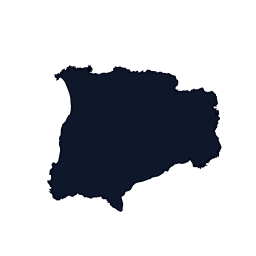 the district of Lebak, Banten, Indonesia, rotated 72°
{"feature_id": "22746128B73767534141998", "entity_name": "Lebak", "entity_type": "district", "adm_level": 2, "iso_a3": "IDN", "parent_name": "Indonesia", "parent_adm1": "Banten", "projection": "robinson", "projection_center": [106.147, -6.643], "detail": "fine", "context": "isolated", "style": "filled", "palette": "ink", "viewbox_px": 256, "rotation_deg": 72, "n_neighbors": 0, "source": "geoboundaries", "source_scale": "gbopen_adm2", "svg_char_len": 5801}
<svg xmlns="http://www.w3.org/2000/svg" viewBox="0 0 256 256"><g transform="rotate(72 128 128)"><path d="M181.7,50.5L180.7,50.1L180.3,50.7L179.8,50.0L179.4,50.4L179.2,49.9L178.7,50.0L178.6,49.5L177.9,49.7L178.0,48.1L176.8,48.3L176.3,47.4L176.5,46.7L174.6,45.6L167.5,46.4L165.7,45.5L161.2,47.5L160.5,46.9L156.6,47.1L156.3,45.6L155.2,45.1L154.6,43.7L153.4,43.1L153.1,43.4L151.6,43.2L151.8,42.3L150.8,41.1L148.7,41.4L148.5,40.3L147.7,39.7L147.7,38.6L146.9,38.2L143.4,39.5L143.5,40.4L143.1,40.7L141.4,40.2L141.5,39.5L142.9,38.8L142.9,37.7L139.7,37.1L139.3,37.4L139.4,39.0L138.2,39.4L137.1,38.7L136.5,40.7L135.2,41.2L133.2,40.2L133.4,38.6L134.1,37.8L132.9,37.5L132.8,36.3L132.0,35.5L126.8,35.0L125.6,34.5L124.7,35.0L123.2,34.8L121.2,36.0L120.9,36.7L120.3,36.4L120.2,36.9L119.4,37.0L119.1,37.5L119.8,38.3L119.2,40.2L119.5,41.3L117.9,43.0L118.0,44.4L117.3,44.2L115.5,44.8L114.4,44.5L113.0,45.3L113.5,50.0L112.8,51.8L112.9,53.0L112.0,53.2L111.6,52.7L112.1,54.4L112.0,56.0L112.8,56.7L113.2,57.7L112.1,59.7L111.0,60.0L111.1,61.6L110.1,63.7L110.0,66.1L109.2,67.5L109.1,69.1L107.6,70.4L107.3,69.8L106.4,71.3L104.7,71.4L102.9,70.3L102.3,68.0L101.3,67.8L101.1,67.1L99.8,66.9L99.6,67.2L99.1,66.5L98.2,66.4L97.0,67.6L93.5,67.4L91.8,70.0L89.0,72.5L88.6,75.1L87.8,76.0L87.0,78.2L85.4,79.4L84.9,81.5L85.1,83.6L84.8,84.1L83.7,84.1L83.2,84.6L81.2,89.4L80.8,89.2L80.3,89.6L79.2,91.6L81.2,94.9L80.6,95.5L80.1,97.0L78.7,96.6L79.6,101.1L78.1,101.8L77.4,101.5L77.0,101.8L77.5,103.0L77.2,104.3L76.2,105.1L76.5,106.5L76.2,107.7L74.8,109.2L73.5,108.9L72.0,112.1L71.3,112.6L70.7,112.1L69.6,114.7L69.2,114.9L68.8,116.0L67.7,116.7L67.6,120.1L67.0,120.2L66.5,120.9L67.2,121.1L67.1,122.7L67.5,123.2L69.0,123.4L69.7,124.4L69.7,126.1L70.3,128.5L69.8,129.0L69.9,131.9L68.9,133.2L68.3,135.5L68.7,139.5L68.3,140.3L67.4,140.5L67.4,141.2L66.3,142.3L66.3,144.7L65.2,145.6L63.9,147.9L62.4,148.0L62.3,147.5L60.9,147.4L60.8,147.8L60.4,147.9L60.7,147.6L60.2,146.8L60.3,146.2L61.3,146.4L62.2,146.2L63.0,145.2L61.7,146.3L61.0,146.2L61.4,145.9L61.5,145.6L60.1,146.2L59.7,144.5L60.5,144.5L60.7,144.3L59.6,144.3L59.4,145.2L59.8,145.4L59.9,147.1L59.1,146.6L58.8,144.6L58.8,145.9L58.3,145.7L58.7,146.2L58.3,146.1L58.4,146.5L58.1,146.1L58.1,144.9L57.8,144.5L58.1,144.9L57.5,145.5L57.8,145.8L57.3,146.0L58.1,146.4L58.1,146.9L58.9,147.2L57.8,149.5L57.7,150.9L58.3,150.9L58.4,152.3L58.0,152.3L58.3,152.9L57.8,153.1L58.0,153.6L57.5,153.6L57.1,154.1L57.4,154.6L56.9,154.7L57.2,155.1L56.6,155.0L56.3,156.1L56.7,156.5L56.3,156.5L56.6,157.3L55.9,157.5L56.3,158.0L55.9,158.9L56.1,159.8L55.6,159.5L54.6,160.5L54.3,160.2L54.4,161.0L53.8,160.8L53.8,161.4L53.4,161.2L53.6,161.7L52.6,162.6L52.2,164.1L51.3,164.2L51.5,164.8L52.3,164.9L52.1,166.5L53.2,165.9L53.2,167.6L54.0,167.0L54.7,167.8L53.9,168.5L54.7,170.1L54.3,170.7L53.7,170.7L54.0,171.5L52.7,171.0L52.8,171.9L53.3,172.7L54.0,172.2L55.0,172.7L54.2,173.8L54.8,175.0L55.2,174.9L55.3,173.7L57.1,174.6L56.0,175.2L56.0,176.5L56.7,176.8L56.5,177.2L55.2,177.2L55.3,178.1L55.9,178.3L56.0,178.7L55.2,180.9L56.9,181.1L59.1,179.6L60.0,180.4L60.1,179.7L58.5,178.1L58.3,176.8L58.7,176.0L61.1,174.4L65.2,173.1L76.4,172.4L81.3,172.8L89.1,174.7L89.7,174.4L91.1,175.4L93.2,176.0L97.3,178.3L98.0,179.2L98.1,180.2L100.3,182.8L102.7,184.6L104.9,189.0L106.4,189.5L106.8,190.2L107.4,190.3L107.5,190.9L108.1,190.9L109.2,191.9L110.0,191.7L110.6,192.3L114.4,193.7L115.4,195.2L117.5,196.4L118.9,196.2L121.1,197.7L122.7,197.7L122.9,198.2L126.0,198.0L129.4,199.1L138.1,203.9L139.9,205.9L140.2,208.3L138.8,209.1L138.3,210.0L139.0,210.9L139.8,211.5L141.5,211.2L142.9,211.8L143.8,213.1L144.3,213.3L144.1,214.1L144.5,214.9L147.8,216.4L148.5,214.9L152.7,216.0L154.5,218.0L153.9,220.5L155.0,220.6L157.1,219.8L157.8,218.4L158.4,218.7L158.4,219.5L159.6,219.5L160.5,218.3L161.0,218.2L162.5,219.1L162.5,221.0L164.6,220.2L165.4,220.7L165.1,221.5L166.2,220.9L167.0,219.2L167.2,219.8L167.9,220.1L169.1,219.0L169.7,219.4L169.6,220.2L171.0,220.4L171.2,218.9L172.0,218.6L172.4,219.3L173.8,217.7L174.0,217.8L174.0,217.2L174.9,216.1L174.6,215.8L174.7,215.0L174.1,214.8L173.9,214.1L174.1,212.2L174.5,212.0L173.7,211.0L174.4,211.0L174.2,210.0L174.5,209.6L173.1,206.4L173.5,205.8L173.5,203.9L175.0,203.0L175.2,201.8L175.6,201.7L175.5,200.6L175.0,200.2L174.9,197.8L173.7,196.6L173.9,195.6L175.9,194.5L177.0,191.8L180.0,190.3L180.0,188.7L181.3,187.3L181.2,186.4L182.1,186.2L182.7,185.5L183.0,184.2L182.4,183.7L182.9,182.1L182.7,181.2L183.7,179.4L183.6,177.7L184.2,176.5L183.7,175.8L184.1,175.0L183.9,174.4L184.9,174.1L185.2,173.3L186.4,174.0L187.1,173.4L187.8,172.6L187.6,171.6L188.8,170.1L189.9,169.6L190.3,169.9L191.4,169.1L191.8,169.3L192.1,168.7L192.4,169.1L192.5,168.5L193.9,167.9L195.4,167.7L195.6,168.1L196.1,167.8L196.0,167.2L198.1,166.8L200.4,164.2L202.3,163.2L204.7,160.7L204.4,159.3L202.1,158.5L198.7,156.7L190.9,156.3L190.1,152.6L188.0,151.0L187.2,149.9L187.4,146.7L186.9,144.8L183.9,141.6L182.3,138.2L182.2,135.8L182.8,130.5L182.5,123.2L182.8,122.7L182.2,121.5L181.9,119.5L182.6,114.1L181.2,108.5L179.3,106.1L180.9,103.6L179.2,102.0L177.6,99.4L177.3,96.7L176.6,96.2L176.3,94.7L176.9,89.4L177.8,88.4L178.4,85.9L178.2,81.8L177.3,80.0L176.6,79.6L176.7,79.0L175.8,78.7L175.8,78.0L177.1,78.3L181.3,77.0L184.8,77.3L185.3,76.0L184.9,75.7L184.5,76.1L184.3,75.7L185.0,74.9L185.6,74.9L186.3,73.4L187.2,73.1L186.6,72.1L187.8,71.6L187.1,71.2L188.2,71.2L187.0,69.7L186.3,70.2L185.9,70.0L186.3,69.2L188.0,69.0L188.0,67.7L187.1,67.5L187.3,65.9L186.4,66.9L185.8,66.2L185.7,65.4L184.6,65.3L184.4,64.0L185.2,63.6L185.3,63.1L184.8,63.5L183.5,62.6L183.6,62.1L184.4,62.6L184.2,61.8L183.7,61.5L184.3,60.9L183.4,60.2L182.9,58.1L181.9,57.9L182.7,57.1L182.1,56.1L182.9,55.4L182.4,54.4L182.7,52.9L182.1,52.7L181.7,52.0L182.3,51.1L181.4,51.0L181.7,50.5ZM143.6,213.9L143.7,213.5L143.7,213.2L143.5,213.5L143.6,213.9Z" fill="#0f172a" stroke="#020617" stroke-width="1.5"/></g></svg>